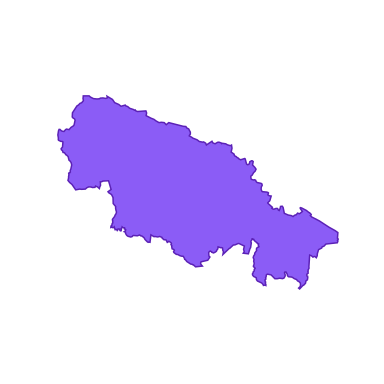 the district of Jacala de Ledezma, Hidalgo, Mexico, rotated 323°
{"feature_id": "50627088B43543909000862", "entity_name": "Jacala de Ledezma", "entity_type": "district", "adm_level": 2, "iso_a3": "MEX", "parent_name": "Mexico", "parent_adm1": "Hidalgo", "projection": "natural_earth1", "projection_center": [-99.159, 20.965], "detail": "fine", "context": "isolated", "style": "filled", "palette": "violet", "viewbox_px": 384, "rotation_deg": 323, "n_neighbors": 0, "source": "geoboundaries", "source_scale": "gbopen_adm2", "svg_char_len": 6101}
<svg xmlns="http://www.w3.org/2000/svg" viewBox="0 0 384 384"><g transform="rotate(323 192 192)"><path d="M254.3,197.0L250.2,195.5L249.4,193.7L249.4,192.8L248.8,191.7L248.6,190.3L247.9,189.0L247.9,188.2L248.4,187.0L247.3,183.7L250.3,181.1L251.8,178.3L250.8,178.2L250.3,177.8L248.6,175.5L248.0,173.9L245.6,171.4L244.8,171.2L244.9,170.5L243.5,168.4L242.3,167.7L239.6,167.4L238.9,166.6L238.2,165.2L238.5,163.5L231.8,163.1L232.3,161.4L231.9,160.0L231.2,158.8L230.6,158.7L228.2,156.0L227.5,153.4L225.0,149.3L224.8,148.3L223.6,145.5L224.5,145.0L225.5,144.8L226.7,143.2L227.3,139.6L226.4,137.8L226.5,136.0L224.5,134.2L215.2,122.6L211.9,122.7L211.6,119.9L209.5,117.9L207.4,116.7L206.1,113.7L205.3,111.0L203.7,108.4L201.3,103.4L203.3,101.6L204.0,99.5L196.9,94.9L196.0,93.5L196.0,92.2L195.3,92.1L194.9,90.9L192.6,87.6L192.1,85.2L190.9,83.2L191.0,82.4L186.9,80.8L186.2,78.0L184.0,74.1L184.2,70.2L181.8,64.4L181.2,65.9L179.5,65.4L177.5,63.3L175.2,61.8L174.3,61.9L172.2,60.6L169.5,58.1L168.0,55.0L167.7,53.3L163.0,49.8L161.1,51.9L160.5,53.4L159.9,53.8L157.6,54.3L155.8,53.8L153.7,54.2L151.9,54.0L144.2,56.8L141.5,60.0L141.5,61.2L142.2,63.0L141.8,64.3L138.4,67.3L137.4,67.8L134.1,67.6L131.4,68.2L129.6,66.2L128.6,66.1L126.2,66.6L125.0,65.4L124.5,64.4L124.2,62.5L123.5,62.0L122.2,62.8L119.2,65.7L117.8,68.4L116.6,69.9L116.6,70.5L117.7,72.6L119.0,73.8L119.0,74.4L115.6,78.2L113.6,78.6L113.1,79.6L113.4,81.2L112.8,82.8L113.8,83.9L113.7,86.5L114.0,86.8L114.4,89.1L112.9,92.6L113.2,93.6L113.2,95.7L112.2,98.0L109.0,100.8L107.7,101.5L106.8,102.9L106.0,103.1L105.7,102.7L104.8,102.8L104.2,104.0L102.4,105.7L102.1,106.3L99.9,108.1L100.0,110.8L100.7,113.7L100.4,120.3L104.1,122.1L105.4,123.4L108.6,125.5L110.6,125.3L112.7,125.8L114.4,127.3L115.2,128.5L117.3,129.9L118.5,129.2L119.6,131.0L120.1,133.5L121.4,132.4L122.9,131.7L124.9,128.7L125.9,129.4L127.5,129.7L132.1,132.8L128.9,141.3L125.1,141.2L125.0,142.3L126.2,145.6L125.6,148.9L122.1,153.8L122.3,157.7L121.3,158.8L120.1,161.2L120.0,161.8L119.2,163.0L117.7,163.9L116.8,164.1L115.4,165.0L112.1,165.9L111.5,166.6L111.4,167.4L110.5,168.2L110.2,169.0L109.0,169.3L107.9,170.4L106.9,170.4L105.8,171.5L107.1,172.0L107.3,172.9L107.9,173.2L108.9,173.0L107.9,175.9L108.7,176.1L109.2,176.6L109.1,177.8L109.7,177.7L110.7,177.0L111.7,177.9L111.3,179.5L111.6,180.1L112.1,180.3L113.2,179.3L113.4,178.5L114.5,178.4L115.2,177.8L115.4,179.0L116.6,180.0L116.5,180.4L115.8,180.8L116.3,181.9L116.3,182.4L115.0,182.9L114.0,182.9L114.7,184.1L114.2,184.7L113.9,185.7L113.8,187.4L114.2,188.8L116.0,191.1L117.5,191.6L118.4,191.3L119.1,191.5L122.0,194.1L124.3,194.8L124.8,196.4L125.4,196.8L126.2,199.6L125.9,201.7L126.3,204.8L126.7,205.8L127.4,206.0L128.2,206.9L133.4,201.5L134.8,204.9L135.5,205.1L137.6,207.3L139.5,208.1L140.7,210.2L140.4,210.9L140.9,213.3L142.3,214.4L142.4,214.8L141.9,217.4L142.4,217.6L143.2,217.1L144.0,217.7L144.7,219.8L144.5,220.9L143.5,221.4L143.6,222.7L143.0,223.3L141.9,225.4L142.8,226.8L142.9,227.9L141.3,228.6L141.1,229.5L141.9,232.3L143.2,233.6L143.8,235.2L144.8,236.7L146.3,238.1L146.1,240.2L145.6,241.4L146.0,241.8L146.0,244.4L147.6,248.8L148.6,249.8L149.0,251.0L149.3,251.1L149.8,253.9L155.7,257.4L155.6,255.1L156.0,254.0L157.2,253.2L163.5,256.0L167.2,254.7L167.0,253.3L168.8,250.5L169.6,250.1L171.0,250.1L171.7,251.6L171.5,252.0L172.5,253.6L174.1,254.0L175.9,254.0L176.5,253.5L178.3,253.0L179.8,251.5L181.4,253.8L181.9,254.0L182.7,255.0L181.5,257.1L181.2,258.6L179.1,260.5L187.7,259.5L188.2,259.7L193.1,259.2L194.5,260.1L197.8,260.9L198.5,261.4L201.3,266.7L198.7,268.8L197.8,271.1L196.1,271.7L199.8,275.3L204.2,272.1L205.3,271.7L208.8,268.3L208.9,267.5L209.4,266.8L211.6,266.0L211.7,265.6L212.1,265.7L212.3,266.5L212.8,266.8L212.9,267.1L212.5,267.8L212.8,269.7L213.4,271.6L213.2,272.0L213.6,272.7L213.4,273.1L213.9,273.6L212.9,274.5L212.6,275.9L212.1,276.1L211.3,275.7L210.2,275.7L209.1,276.3L208.4,277.6L205.3,278.6L204.5,279.6L202.7,280.2L201.4,281.2L200.9,283.2L199.5,284.5L198.9,286.2L197.4,287.6L196.4,288.1L196.2,288.7L196.5,289.5L196.3,289.9L196.6,290.4L196.5,291.0L195.0,291.4L194.3,292.4L192.7,292.7L192.2,293.3L190.9,293.8L190.4,294.9L190.4,296.5L191.7,299.1L190.7,300.9L190.7,302.5L192.9,306.6L193.1,308.8L192.8,309.6L194.3,310.3L194.7,311.1L195.4,310.2L195.7,308.8L196.6,308.3L196.5,307.7L197.3,306.2L198.6,306.0L199.4,304.5L200.1,304.4L201.4,303.0L202.4,302.9L202.9,303.1L205.3,305.8L206.0,311.1L207.8,312.5L210.1,313.6L212.2,315.7L213.6,316.1L215.6,315.3L216.5,314.4L217.2,312.2L218.0,311.8L218.9,312.5L218.5,315.3L218.0,316.0L217.9,317.2L218.1,317.8L220.4,319.9L221.0,321.0L221.5,322.7L222.8,324.8L222.8,326.6L223.3,327.3L223.7,329.0L223.7,329.9L222.9,331.3L221.6,332.6L219.3,332.9L219.6,334.2L224.1,333.4L225.3,333.6L227.7,333.2L229.4,331.6L231.3,331.6L232.9,330.1L233.5,329.1L233.2,329.0L233.5,327.7L234.2,326.8L236.0,326.7L236.7,325.2L237.2,325.1L237.7,324.2L239.6,323.3L240.4,322.0L248.0,313.2L249.0,314.7L249.4,316.8L250.8,317.0L251.4,317.6L251.7,319.3L253.6,318.3L255.0,316.7L258.4,314.2L261.8,314.8L263.1,314.1L264.6,314.7L267.7,314.2L277.5,320.0L279.0,319.0L279.1,318.0L279.5,317.9L279.4,318.2L280.2,317.8L280.5,317.2L280.3,316.5L284.1,312.2L283.0,308.8L280.2,302.5L276.3,291.7L272.6,284.0L272.3,282.2L272.8,282.3L273.7,281.7L273.4,279.2L273.0,278.7L272.3,275.7L270.1,271.0L269.3,269.8L268.8,269.8L268.5,270.5L268.4,274.0L265.4,274.1L264.6,273.9L263.6,272.4L261.7,272.9L259.9,272.3L257.9,272.4L257.2,270.7L255.0,268.3L252.9,264.6L255.5,259.1L255.5,257.6L254.0,256.8L252.4,258.2L250.5,259.3L250.1,258.6L250.4,256.7L249.3,255.7L247.0,255.0L246.2,253.9L246.0,253.0L247.0,252.6L245.8,246.6L246.0,246.2L248.9,245.8L252.8,242.9L251.4,241.4L250.9,239.9L252.5,238.8L252.5,238.3L251.7,237.1L248.4,234.1L248.3,233.1L248.9,231.3L250.4,229.7L252.1,228.9L252.7,227.6L252.4,226.7L249.7,223.6L249.5,222.4L249.9,220.9L249.4,219.9L248.6,219.6L247.3,218.0L247.0,217.6L247.2,216.9L248.1,215.2L248.8,214.7L250.0,214.8L252.9,213.6L254.9,213.4L256.9,212.3L257.0,210.0L256.6,206.9L259.2,204.5L259.0,203.5L258.4,202.9L256.4,202.6L254.8,204.0L253.3,203.9L252.7,203.5L252.4,202.5L254.4,197.6L254.3,197.0Z" fill="#8b5cf6" stroke="#5b21b6" stroke-width="1.5"/></g></svg>